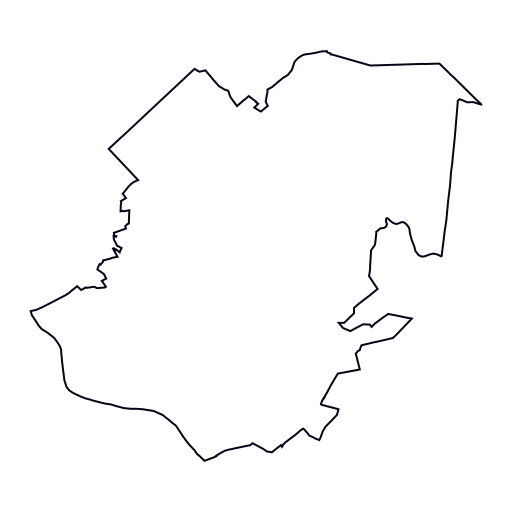 outline of Ogresgala pag., Ogre, Latvia
{"feature_id": "27541924B67173140256681", "entity_name": "Ogresgala pag.", "entity_type": "district", "adm_level": 2, "iso_a3": "LVA", "parent_name": "Latvia", "parent_adm1": "Ogre", "projection": "orthographic", "projection_center": [24.724, 56.804], "detail": "fine", "context": "isolated", "style": "outline", "palette": "ink", "viewbox_px": 512, "rotation_deg": 0, "n_neighbors": 0, "source": "geoboundaries", "source_scale": "gbopen_adm2", "svg_char_len": 5777}
<svg xmlns="http://www.w3.org/2000/svg" viewBox="0 0 512 512"><path d="M330.7,53.6L329.2,53.1L328.0,52.6L327.0,52.2L326.9,52.1L326.8,51.2L325.6,51.3L322.2,51.3L319.4,51.9L317.5,52.4L315.0,52.9L313.2,53.2L311.1,53.6L308.1,54.0L305.9,54.3L304.2,54.6L302.8,55.2L301.4,55.8L300.0,56.8L298.8,57.6L298.1,58.1L296.7,59.5L295.8,60.5L294.7,61.7L294.4,62.4L293.8,64.2L291.7,70.2L291.3,70.8L289.7,72.6L288.6,74.1L287.7,75.1L282.7,78.1L280.9,79.7L277.6,82.3L276.0,83.8L274.1,85.3L273.1,86.2L272.2,87.0L267.4,89.6L267.5,91.6L267.0,94.4L265.7,101.7L266.4,103.2L267.8,106.0L267.4,106.2L265.2,108.0L262.1,110.6L260.9,111.5L260.7,111.5L257.7,109.7L254.3,107.6L258.2,103.8L256.0,102.2L256.2,101.7L248.7,96.1L244.6,99.7L244.1,99.8L243.4,100.5L237.0,106.1L230.7,97.5L229.9,95.7L228.4,91.3L228.1,90.7L224.6,89.6L218.9,86.1L212.7,79.1L210.7,76.6L205.4,70.4L199.5,71.7L197.9,71.0L196.7,70.3L196.7,70.1L194.5,68.9L156.0,104.9L123.0,135.8L122.0,136.6L108.7,148.9L138.1,180.1L136.0,180.9L134.4,181.7L132.9,182.6L132.2,183.2L131.5,183.7L131.4,183.7L131.1,183.9L131.1,184.0L130.1,184.9L129.3,185.7L128.0,187.2L122.7,193.8L123.1,194.1L125.8,197.8L126.0,198.1L123.3,199.6L120.8,201.2L121.3,202.3L120.8,204.8L120.6,211.3L122.6,210.8L123.8,211.3L129.3,210.3L128.9,221.1L128.8,222.6L128.8,222.8L128.9,223.5L127.7,223.9L126.1,225.3L125.2,226.2L125.9,228.6L122.2,229.9L121.5,230.1L119.5,230.9L118.0,231.4L114.0,232.8L113.9,232.8L114.2,235.6L116.3,236.1L116.2,236.7L113.6,236.2L113.9,239.5L116.0,243.5L116.9,245.5L117.2,245.8L121.6,248.0L119.6,252.0L119.6,252.3L119.4,252.2L115.9,249.3L115.2,250.3L113.8,248.2L113.0,248.6L117.5,256.8L115.3,257.2L112.8,257.7L112.0,257.9L109.8,258.8L103.1,260.4L103.2,261.5L100.6,264.6L99.7,264.1L99.2,265.0L98.7,265.7L98.5,266.5L97.8,267.9L97.6,268.6L97.4,269.5L102.4,272.9L102.7,273.2L103.6,273.9L103.9,274.0L105.6,277.4L105.7,277.6L106.2,278.6L101.8,280.9L105.9,286.7L105.1,287.4L104.9,287.5L104.7,287.5L97.6,288.1L97.0,288.1L96.6,288.0L94.4,286.8L94.0,286.8L92.2,287.0L89.9,287.4L87.4,287.7L87.2,287.8L86.9,287.7L86.7,287.8L86.4,287.7L86.1,287.7L85.9,287.5L85.7,287.7L85.3,287.8L85.2,287.9L84.9,287.9L84.7,288.0L84.4,288.1L84.4,288.3L83.8,288.6L83.2,288.9L83.0,289.0L82.8,289.2L82.6,289.3L82.3,289.4L81.0,289.9L79.7,288.6L77.8,286.8L77.2,286.2L70.2,291.8L69.4,292.7L66.6,294.5L65.3,295.3L50.3,303.1L44.2,306.2L43.0,306.8L42.5,307.1L36.2,309.9L30.7,311.1L31.9,315.3L33.9,318.2L36.4,322.0L38.8,325.8L42.0,329.3L47.3,332.5L54.4,338.1L57.1,341.9L59.6,345.7L61.0,349.1L61.4,354.3L62.1,361.8L63.4,372.5L64.5,380.8L66.6,387.1L69.2,390.3L72.8,392.8L80.5,396.5L80.8,396.6L85.5,398.4L89.8,399.5L92.8,400.5L99.4,402.2L104.6,403.5L111.2,404.5L116.2,406.1L124.0,408.1L130.5,408.8L136.2,408.8L142.5,409.2L153.8,411.0L163.0,415.2L165.1,417.0L168.1,419.3L172.3,422.9L175.9,425.6L182.5,435.6L185.9,440.5L189.6,445.0L194.3,450.0L197.1,454.1L199.1,455.6L204.5,460.8L214.0,457.3L214.8,457.0L215.0,456.7L216.3,456.3L216.2,455.7L219.4,453.7L224.9,450.7L229.0,449.6L231.6,449.1L233.6,448.6L249.1,445.4L250.3,445.2L252.4,443.2L262.9,448.7L267.0,451.5L271.9,452.3L278.5,447.0L281.0,445.1L281.9,446.8L283.6,444.2L285.0,442.7L293.2,436.4L294.2,435.8L295.5,434.7L297.2,433.3L301.0,429.9L301.1,430.0L303.2,428.6L304.2,429.4L307.7,433.4L307.9,433.6L308.0,433.8L309.4,435.7L310.7,436.1L313.8,437.6L314.3,437.9L314.4,438.0L314.6,438.2L319.1,440.0L319.1,439.8L319.9,438.9L320.2,438.4L321.5,434.9L322.3,432.6L322.7,431.4L325.6,426.6L331.3,420.8L336.9,415.0L338.5,409.3L335.9,408.5L325.7,405.9L324.3,405.4L322.8,405.2L321.2,404.5L321.0,404.4L320.9,404.2L320.9,403.9L322.1,400.9L322.7,400.0L323.7,398.6L323.3,398.7L327.2,392.2L330.8,385.4L333.1,381.5L334.1,379.8L337.8,373.6L359.8,369.5L355.8,353.6L358.1,350.8L359.7,350.3L360.0,349.4L360.0,349.2L360.4,348.0L361.5,345.3L365.2,344.4L373.1,342.5L378.0,341.5L392.8,338.0L395.5,335.6L405.6,325.1L411.8,318.6L404.9,317.3L397.8,315.8L388.5,314.0L388.3,313.9L386.9,314.9L384.5,316.5L382.5,317.9L380.4,319.4L378.9,320.5L379.0,320.6L374.7,323.7L371.6,326.9L369.8,324.6L363.1,324.3L356.0,328.0L350.3,331.1L343.0,328.0L338.8,322.9L344.1,322.9L354.0,313.3L354.0,308.0L357.9,304.5L365.3,298.7L369.4,295.7L377.6,288.9L373.8,283.3L369.0,276.0L369.5,273.6L369.7,272.2L370.1,268.8L370.1,266.5L370.2,264.4L370.9,253.9L371.0,250.5L374.7,245.2L375.0,244.5L375.4,241.5L376.0,236.3L376.3,232.3L376.2,231.9L377.0,231.3L377.2,231.1L377.8,230.5L378.7,229.9L380.3,228.4L382.0,228.2L382.6,228.1L383.1,228.1L384.1,227.9L384.6,227.6L385.9,226.7L386.6,225.5L386.9,224.2L386.7,223.1L386.1,222.0L386.0,220.9L386.1,219.1L386.5,218.2L387.4,218.3L388.1,218.6L388.6,219.0L389.5,220.2L391.1,221.4L392.7,222.7L395.3,223.8L396.8,223.9L398.4,223.5L400.8,222.4L402.7,222.1L404.0,222.4L406.5,224.4L408.6,227.1L409.3,228.6L410.0,233.7L410.5,235.4L412.0,240.9L412.5,241.8L413.1,243.5L413.6,244.7L414.1,245.8L414.4,247.0L414.7,248.1L415.4,251.0L416.0,251.8L416.8,252.7L417.8,254.3L418.1,254.5L418.7,255.1L419.8,255.7L420.4,256.1L421.9,256.5L423.7,256.5L425.9,255.9L427.7,255.2L429.1,254.7L432.2,253.8L433.6,253.7L435.3,253.9L438.0,254.8L440.1,255.8L441.2,256.3L441.7,255.8L442.3,250.4L443.7,239.4L444.4,233.5L444.5,232.4L444.9,229.9L446.3,220.6L448.2,200.4L450.0,185.9L451.2,170.6L452.2,163.9L452.4,161.5L452.6,159.0L454.7,138.3L456.0,123.0L457.8,101.5L457.7,101.0L459.2,99.5L459.7,99.2L460.0,99.3L462.0,100.1L464.1,100.9L467.2,102.3L467.6,102.3L471.1,102.2L472.4,102.0L473.0,102.2L474.5,102.5L475.5,102.8L477.1,103.4L479.3,104.0L481.2,104.6L481.3,104.5L481.1,104.2L476.2,99.6L475.5,98.9L462.0,85.5L459.0,82.6L458.9,82.5L453.7,77.3L453.2,76.9L452.1,76.0L440.9,65.0L440.1,64.2L439.3,63.7L438.7,63.6L424.9,64.0L421.6,63.9L403.6,64.5L377.5,65.3L370.9,65.5L370.5,65.5L370.0,65.4L367.2,64.6L344.1,58.0L334.4,55.2L331.8,54.5L331.1,54.5L330.8,54.5L330.7,53.6Z" fill="none" stroke="#020617" stroke-width="2"/></svg>